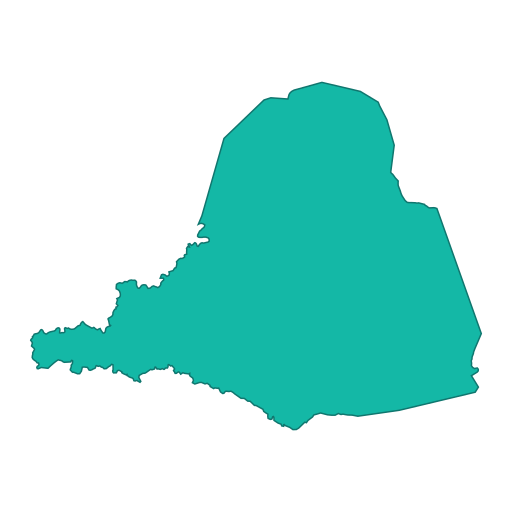 outline of San Lorenzo Texmelúcan, Oaxaca, Mexico
{"feature_id": "50627088B55125244226498", "entity_name": "San Lorenzo Texmelúcan", "entity_type": "district", "adm_level": 2, "iso_a3": "MEX", "parent_name": "Mexico", "parent_adm1": "Oaxaca", "projection": "albers", "projection_center": [-97.233, 16.535], "detail": "fine", "context": "isolated", "style": "filled", "palette": "teal", "viewbox_px": 512, "rotation_deg": 0, "n_neighbors": 0, "source": "geoboundaries", "source_scale": "gbopen_adm2", "svg_char_len": 5994}
<svg xmlns="http://www.w3.org/2000/svg" viewBox="0 0 512 512"><path d="M37.2,362.9L38.5,362.9L39.0,364.6L38.4,365.6L37.3,366.3L36.8,367.3L37.2,368.6L38.2,368.8L41.2,367.5L48.0,368.3L50.6,365.8L53.7,363.1L55.6,361.6L57.0,360.6L57.4,360.3L58.4,359.8L59.3,360.2L60.6,360.4L61.9,360.9L62.9,361.7L64.2,362.3L70.7,361.9L71.2,360.8L71.8,360.3L72.6,360.8L72.6,362.0L72.4,363.6L71.2,365.2L71.3,366.4L70.8,368.3L70.3,369.2L70.3,370.0L72.2,372.0L72.8,372.3L73.5,372.2L77.6,373.8L79.7,373.7L81.4,371.2L82.3,367.2L84.1,367.0L87.5,367.4L89.0,370.0L90.2,370.3L91.9,369.8L93.0,369.1L95.1,368.2L96.2,365.6L96.6,365.6L97.0,365.7L97.4,366.1L98.6,366.3L99.8,365.9L100.5,366.5L101.3,367.1L102.7,367.4L104.1,368.8L106.3,368.6L109.0,366.4L109.9,366.1L111.7,364.3L113.0,364.8L113.1,369.7L112.7,370.8L112.9,372.1L113.6,372.9L116.4,372.8L117.4,370.7L118.6,370.3L119.6,370.5L121.9,371.9L121.8,372.7L123.4,373.7L125.9,374.8L127.0,374.4L127.0,375.5L127.8,375.8L128.5,376.5L130.1,377.3L132.5,378.1L133.2,378.7L133.9,380.7L135.2,381.0L135.8,380.7L137.2,380.5L138.1,381.3L138.8,381.6L140.0,382.3L140.8,381.4L138.8,377.4L139.2,375.4L142.9,373.3L143.8,373.3L144.9,373.2L146.3,372.4L149.4,370.2L150.6,369.4L151.3,369.5L151.9,369.8L154.5,369.0L154.9,367.2L155.6,367.1L156.5,368.3L157.1,369.1L157.8,368.8L160.4,369.4L161.7,368.9L162.2,368.6L164.0,369.4L164.5,369.2L165.2,368.2L165.9,368.0L167.4,368.0L168.0,366.8L168.1,365.2L168.3,364.6L168.9,364.6L170.7,366.0L171.9,365.6L173.8,367.7L174.6,369.0L173.5,370.5L174.0,371.4L174.6,371.9L174.7,372.7L175.2,373.4L176.4,373.3L177.7,372.3L178.7,371.9L179.4,372.3L180.7,374.2L182.9,372.7L184.3,373.3L188.8,373.9L189.7,373.4L189.7,374.2L189.5,374.9L190.2,376.2L192.6,377.9L193.2,379.2L193.4,380.6L192.4,382.7L194.8,384.0L199.5,382.5L201.4,382.4L205.0,383.9L207.2,383.3L210.1,385.4L210.1,386.5L213.7,388.6L214.7,387.9L217.8,388.3L218.7,388.1L219.7,390.2L220.5,391.9L222.7,393.5L223.9,393.3L224.7,392.1L225.9,391.2L228.9,391.5L231.0,391.2L233.0,392.4L235.0,394.1L241.0,398.3L244.3,398.4L247.7,401.1L250.2,401.3L254.4,405.4L256.1,405.5L263.0,409.3L263.7,411.4L266.1,413.1L267.9,414.1L267.8,416.5L268.1,418.4L270.3,419.4L271.9,419.1L272.6,416.8L273.4,416.5L273.9,417.4L274.0,420.4L278.1,423.1L281.1,424.2L281.7,425.9L283.6,426.3L283.7,424.7L284.1,424.5L285.1,425.5L289.8,427.4L292.9,429.6L296.3,429.5L298.7,428.1L304.8,422.2L306.4,422.7L308.0,420.4L312.5,417.0L313.9,414.9L316.6,414.2L320.6,413.0L327.5,414.8L331.8,415.2L335.1,415.2L338.3,413.5L341.0,414.5L343.0,414.1L344.8,414.5L347.9,415.0L352.1,415.1L357.8,416.2L399.2,410.3L475.2,392.2L478.4,387.1L471.4,375.7L477.2,372.1L478.2,370.9L478.3,369.3L477.3,368.0L475.9,368.2L474.7,368.6L472.7,367.5L471.4,365.7L471.6,363.7L471.5,362.4L471.2,360.8L472.0,359.0L472.0,357.6L472.4,356.1L472.9,354.9L473.4,353.5L473.6,352.0L474.9,348.6L481.3,333.6L436.9,208.5L435.2,207.9L433.8,207.7L429.2,207.9L427.7,207.0L426.6,206.0L425.2,205.4L424.6,204.4L418.7,202.9L416.9,203.1L415.5,202.8L411.2,202.6L409.1,202.6L407.2,202.4L405.1,200.5L403.0,197.3L401.9,195.5L400.9,193.1L400.3,191.0L398.3,185.8L398.1,184.6L398.1,181.8L398.2,181.0L395.3,177.9L393.9,175.9L392.7,174.3L391.6,173.4L390.7,172.4L394.2,145.2L386.9,119.8L379.6,105.8L378.2,102.2L360.3,91.4L321.9,82.4L294.1,90.1L291.7,91.4L291.1,91.9L289.8,93.2L289.0,94.7L287.9,99.0L270.8,97.8L264.0,100.0L224.0,138.4L201.9,215.8L198.3,224.3L199.3,223.8L201.0,223.3L202.3,223.6L203.0,223.7L204.8,224.9L204.5,226.2L204.0,227.4L202.3,228.6L201.1,230.0L199.6,231.1L198.8,232.8L197.7,234.9L197.6,236.3L198.4,237.1L199.8,237.4L202.1,237.4L203.6,237.1L205.9,237.1L208.4,238.0L209.1,239.2L209.2,241.2L207.8,242.2L206.4,242.4L203.7,243.1L202.1,242.8L201.0,243.1L199.6,244.3L198.2,246.4L197.2,246.1L196.4,243.9L195.5,242.9L194.7,242.7L192.9,244.6L191.4,245.4L189.8,243.6L188.2,244.1L188.2,244.9L188.8,245.5L189.4,247.0L187.7,246.6L186.8,247.9L186.5,248.6L186.8,249.6L186.6,251.8L186.7,254.2L184.8,254.7L184.3,255.3L184.6,257.1L183.3,257.9L182.0,258.5L180.8,258.3L179.0,259.1L176.5,261.7L176.9,263.6L176.5,265.8L176.0,267.7L174.6,268.1L173.1,270.6L168.9,271.9L169.3,273.3L169.3,274.0L169.2,274.9L168.1,275.8L166.8,276.3L165.1,274.9L162.9,274.3L161.5,274.8L160.2,278.2L163.3,278.2L163.7,279.0L163.6,280.2L162.6,280.9L161.7,281.9L160.8,283.1L160.8,284.5L160.1,285.8L159.3,286.7L157.8,287.6L156.6,287.0L155.2,286.6L153.6,285.9L152.1,286.4L150.2,288.1L148.0,288.4L146.8,286.4L145.8,285.0L144.5,284.8L143.3,284.8L142.0,285.2L141.2,285.9L140.5,287.0L139.3,288.3L138.1,288.2L136.9,286.4L136.4,284.4L136.5,282.0L135.8,280.9L134.9,280.2L132.8,280.3L131.3,280.0L129.4,280.4L128.3,281.0L127.4,281.9L125.8,281.6L124.5,281.6L123.5,282.5L122.2,283.3L120.7,282.9L119.4,282.8L117.9,283.4L116.5,284.4L116.2,287.0L116.2,288.8L117.3,289.3L118.3,289.9L119.3,290.8L120.2,293.0L120.4,294.9L120.2,296.2L119.4,297.4L116.8,298.6L117.5,299.9L116.3,303.8L117.9,305.4L117.0,306.8L115.9,307.2L116.1,308.8L114.8,309.3L113.8,310.8L113.0,312.5L112.9,314.6L112.0,316.1L110.3,317.3L108.7,318.1L108.0,318.9L108.7,320.9L109.5,324.9L110.6,325.4L110.1,326.1L108.1,326.6L106.5,327.5L105.8,328.7L105.2,331.9L104.0,333.1L102.9,333.0L101.0,330.3L100.1,328.5L98.8,329.0L97.6,329.8L96.2,329.3L95.2,328.6L94.2,327.6L93.7,327.4L92.8,327.9L91.8,328.1L86.5,325.2L85.3,324.4L82.8,321.6L81.8,322.2L81.2,322.9L80.6,323.9L80.1,325.3L78.1,325.8L75.5,328.0L74.5,328.8L73.1,329.2L71.3,329.3L69.8,328.9L68.5,328.0L67.6,328.4L66.4,328.2L65.7,327.7L64.8,328.0L64.5,328.8L64.9,330.8L64.9,331.6L64.6,332.2L63.8,332.7L61.8,332.6L60.7,333.0L59.6,332.8L59.9,329.6L59.8,328.9L59.1,328.0L58.2,327.8L57.3,328.1L56.2,328.9L55.4,330.3L54.2,331.0L50.5,331.8L49.3,332.2L47.5,333.2L46.8,333.9L45.9,334.0L44.7,333.4L43.7,332.6L42.8,330.6L42.1,329.9L41.6,329.6L40.7,329.9L38.8,332.7L37.2,333.5L35.5,333.8L34.2,334.2L33.4,335.8L32.4,336.7L32.7,337.6L32.0,338.5L31.0,339.4L30.7,340.4L31.5,341.3L32.3,342.6L32.3,343.4L31.5,346.0L34.3,348.6L34.5,349.5L32.7,352.8L32.8,354.1L32.4,355.6L32.2,357.4L32.8,358.8L34.5,360.4L35.7,361.0L37.2,362.9Z" fill="#14b8a6" stroke="#0f766e" stroke-width="1.5"/></svg>